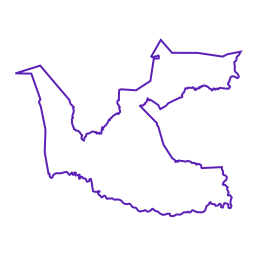 outline of Santa Rosa de Copan, Copán, Honduras
{"feature_id": "27666195B67086372267843", "entity_name": "Santa Rosa de Copan", "entity_type": "district", "adm_level": 2, "iso_a3": "HND", "parent_name": "Honduras", "parent_adm1": "Copán", "projection": "robinson", "projection_center": [-88.756, 14.808], "detail": "fine", "context": "isolated", "style": "outline", "palette": "violet", "viewbox_px": 256, "rotation_deg": 0, "n_neighbors": 0, "source": "geoboundaries", "source_scale": "gbopen_adm2", "svg_char_len": 5841}
<svg xmlns="http://www.w3.org/2000/svg" viewBox="0 0 256 256"><path d="M151.3,56.5L152.0,57.1L152.5,57.2L154.6,56.7L155.5,56.3L157.3,56.1L158.0,55.8L158.2,55.5L158.8,56.1L158.8,58.3L158.2,58.5L153.8,58.6L150.4,80.9L136.0,90.3L121.1,89.3L120.3,89.7L119.3,89.8L119.0,92.3L118.9,100.2L118.1,100.3L117.7,100.7L117.4,101.5L117.3,102.6L117.5,103.7L118.6,105.0L118.8,106.2L119.8,107.1L119.2,108.4L119.7,109.6L119.8,110.6L120.2,111.6L120.1,112.0L119.2,112.8L118.9,113.6L118.6,113.9L118.2,114.0L117.7,113.3L117.1,113.3L112.9,116.0L111.5,117.8L110.4,118.4L110.0,119.9L109.1,119.8L108.5,120.4L108.2,121.7L106.2,124.8L103.8,127.1L102.4,127.3L102.4,127.9L103.0,129.0L103.2,129.5L102.7,129.7L101.8,129.0L101.3,132.1L101.6,132.8L101.4,133.4L100.4,133.4L99.5,133.8L98.8,132.7L97.3,133.4L96.6,133.6L96.3,133.3L96.5,132.4L96.4,132.2L94.6,132.0L93.1,131.6L91.9,131.7L89.4,133.3L88.3,133.6L87.1,133.7L86.4,134.0L86.0,136.1L84.5,137.9L83.9,140.5L82.9,140.0L81.6,138.7L81.5,138.0L81.6,137.1L82.2,135.4L81.0,134.3L80.3,133.0L78.2,130.9L76.2,130.6L75.6,130.3L75.3,129.6L73.9,129.1L73.9,127.8L73.1,126.6L72.1,123.3L71.9,122.5L72.1,121.5L71.9,119.1L72.1,118.7L72.9,118.0L73.0,117.7L72.9,117.4L72.4,116.8L72.3,116.3L73.0,113.8L73.7,112.0L73.7,110.1L73.2,108.4L73.7,107.4L73.6,106.9L73.3,106.6L72.9,106.7L72.7,106.6L72.6,106.0L72.1,105.4L70.4,103.8L70.0,102.0L69.5,100.8L69.5,100.1L40.2,65.6L15.4,73.4L31.3,73.6L40.4,99.3L39.3,101.1L39.0,102.1L39.1,102.6L40.7,106.1L45.5,129.7L44.7,152.2L48.5,173.7L49.1,173.5L49.5,173.7L49.8,176.7L50.8,177.7L51.4,177.9L51.9,177.8L52.5,177.2L52.8,175.8L53.6,174.8L54.8,173.8L56.5,173.2L60.9,173.3L64.7,172.2L66.5,172.0L67.4,172.4L68.6,174.2L69.6,174.8L70.2,174.4L71.5,172.7L72.0,172.6L72.2,173.0L72.5,174.5L73.0,174.8L73.6,174.4L73.9,173.3L74.4,172.7L74.8,172.4L75.3,172.5L75.8,172.8L75.9,173.1L75.8,173.8L75.3,174.7L75.4,175.1L75.7,175.5L76.8,175.4L78.8,174.7L79.4,174.7L79.7,174.9L79.7,175.4L79.2,176.3L79.0,177.2L79.0,178.2L79.3,178.7L79.7,178.6L80.1,178.3L81.0,176.9L81.5,176.8L82.1,176.8L83.3,178.4L85.1,178.6L85.9,179.0L86.6,181.3L86.9,181.5L87.4,181.7L88.8,181.3L89.7,179.2L90.4,178.9L90.9,179.0L91.2,179.8L91.2,181.2L91.9,183.1L92.0,184.8L92.5,188.1L92.8,189.1L93.0,191.1L94.2,191.7L96.2,191.9L97.1,191.8L98.4,191.2L99.4,191.2L99.5,191.5L99.2,191.9L98.5,192.4L98.2,192.7L98.1,193.2L98.1,193.7L99.0,194.9L100.5,195.8L101.4,197.3L101.9,197.3L103.7,196.0L104.6,195.7L105.3,196.2L106.7,198.5L107.0,198.8L108.8,198.5L110.6,198.6L112.1,198.3L114.5,199.7L118.1,199.4L119.9,199.9L121.2,200.6L123.3,202.9L124.9,203.9L127.5,204.1L129.2,203.7L130.0,203.9L132.6,207.2L135.0,207.6L136.1,208.0L137.0,208.9L137.6,210.0L138.0,210.5L138.9,211.1L139.9,211.4L140.7,211.5L141.5,211.1L143.1,210.9L145.2,210.2L145.6,210.3L146.3,210.9L147.1,211.5L148.6,211.5L149.2,211.3L151.1,210.1L152.0,209.0L152.8,208.8L154.6,210.5L158.3,211.9L159.1,212.8L160.2,213.6L162.7,214.8L163.7,214.8L165.0,214.6L167.2,213.7L169.8,213.8L170.0,215.3L170.2,215.6L171.0,215.9L173.0,216.1L174.0,215.9L176.7,214.4L177.6,214.4L179.1,214.7L180.5,214.5L181.4,214.0L183.7,212.4L185.7,212.2L186.8,212.4L187.9,211.6L189.0,212.4L189.9,212.5L190.6,212.1L191.9,210.5L192.4,210.3L193.5,210.5L196.5,212.0L200.4,212.4L201.5,212.4L203.5,211.8L204.7,210.8L205.5,209.7L205.9,207.8L206.4,206.4L209.0,204.1L209.4,203.5L209.6,202.6L210.3,202.2L210.6,202.3L210.7,203.0L211.7,203.8L213.3,204.2L214.1,204.1L214.7,204.2L215.3,205.5L215.8,205.8L217.4,205.6L218.6,204.9L219.6,203.8L219.9,203.8L220.9,204.7L221.1,207.1L222.4,207.6L222.8,207.5L223.0,207.1L223.9,203.9L224.9,203.1L225.6,203.1L227.8,204.1L228.3,204.5L228.4,205.2L228.3,207.2L228.5,207.7L229.5,208.1L230.5,208.0L231.2,206.7L231.4,205.8L231.4,205.4L230.6,204.0L230.4,203.1L230.7,200.4L231.4,198.4L231.7,197.3L230.1,195.2L228.3,195.4L227.9,195.0L227.9,194.6L228.6,192.4L228.4,191.7L227.1,189.3L227.1,188.6L227.6,187.4L227.5,186.9L226.4,186.3L225.1,184.8L223.3,184.9L222.9,184.5L223.0,183.6L223.9,181.8L226.2,180.0L226.9,177.5L226.6,176.8L225.8,175.8L224.9,175.3L223.7,174.9L223.0,174.3L222.9,173.3L223.1,171.8L222.9,171.0L222.1,169.8L221.8,168.9L221.9,167.1L201.9,168.1L201.4,167.6L201.1,165.4L199.4,164.0L197.9,164.2L197.5,164.0L196.8,164.6L196.5,164.6L196.2,164.4L196.2,163.7L194.0,162.9L192.1,163.0L190.0,161.4L188.6,161.3L187.5,160.9L185.2,161.7L183.6,161.1L180.7,161.0L179.9,160.5L179.5,160.7L178.3,160.7L178.1,161.1L178.0,161.7L177.9,161.8L176.9,161.0L176.7,161.0L176.3,161.5L175.5,161.8L175.0,160.3L174.4,159.6L173.2,158.8L172.3,158.4L163.5,144.6L158.2,126.4L157.6,125.9L157.1,124.9L157.0,123.2L140.1,106.0L140.4,105.6L140.9,105.4L142.7,105.7L143.7,104.7L144.7,104.4L144.7,103.7L145.0,103.1L145.5,102.7L146.3,102.3L146.7,101.8L147.1,99.8L147.7,98.5L148.7,99.6L149.5,99.7L149.4,100.3L149.8,100.4L150.6,100.1L151.2,100.2L158.2,105.0L160.3,109.1L165.9,105.9L168.2,103.3L179.8,97.6L180.3,97.7L182.0,97.1L182.3,96.7L182.4,96.2L182.3,95.9L181.9,95.4L181.9,95.1L182.6,93.6L183.7,92.8L185.2,89.4L185.3,88.5L186.6,88.2L187.5,88.5L187.9,87.7L191.9,87.9L192.5,87.4L193.0,87.3L193.9,88.2L194.7,89.6L195.1,89.9L195.3,89.7L195.5,88.9L196.4,89.5L197.2,88.4L198.9,88.4L199.4,88.2L199.4,87.1L200.2,87.3L200.7,87.2L201.3,86.9L201.6,86.0L202.9,86.2L203.7,85.6L204.4,85.4L205.8,86.0L206.6,86.0L207.3,86.7L208.7,87.4L209.2,88.2L209.8,88.8L211.1,89.2L212.0,90.4L212.4,90.2L213.7,88.4L214.4,88.6L215.0,89.4L215.5,89.6L216.6,88.6L217.9,89.2L218.4,89.1L218.8,88.9L219.0,88.2L220.0,87.9L224.9,88.5L227.1,88.5L228.1,88.8L228.8,88.6L230.1,86.7L228.1,84.3L228.0,83.2L229.0,82.2L229.9,79.6L230.3,77.8L230.7,77.1L231.8,76.4L233.8,76.3L237.4,78.1L238.2,77.7L238.7,76.9L238.7,76.1L237.4,73.5L235.6,72.1L234.8,70.7L234.7,69.7L234.8,66.8L234.3,62.1L234.6,61.6L235.5,61.2L236.0,60.7L236.6,58.8L236.7,57.1L239.0,54.9L239.4,54.3L240.0,52.6L240.6,51.7L227.6,54.2L222.7,56.6L197.6,52.9L172.0,52.8L160.8,39.9L151.3,56.5Z" fill="none" stroke="#5b21b6" stroke-width="2"/></svg>